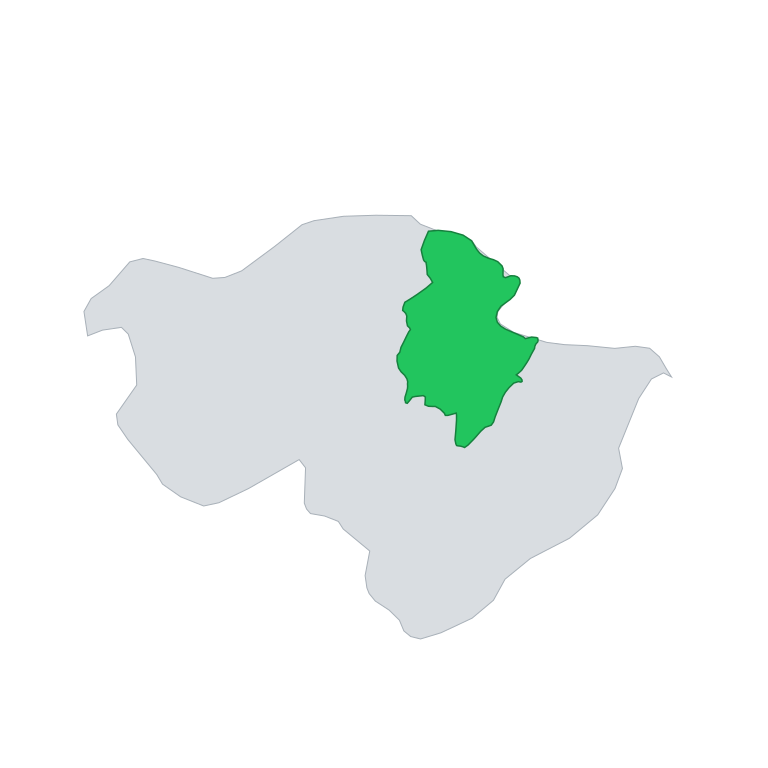 Rwanda, with Northern highlighted, rotated 56°
{"feature_id": "RWA-3494", "entity_name": "Northern", "entity_type": "Province", "adm_level": 1, "iso_a3": "RWA", "parent_name": "Rwanda", "parent_adm1": "", "projection": "natural_earth1", "projection_center": [29.92, -1.616], "detail": "fine", "context": "in_parent", "style": "filled", "palette": "green", "viewbox_px": 768, "rotation_deg": 56, "n_neighbors": 0, "source": "natural_earth", "source_scale": "10m", "svg_char_len": 2968}
<svg xmlns="http://www.w3.org/2000/svg" viewBox="0 0 768 768"><g transform="rotate(56 384 384)"><path d="M314.0,231.1L321.9,230.9L373.9,216.5L379.1,221.0L387.5,249.0L391.9,253.0L399.2,254.0L413.8,247.6L440.5,225.8L452.2,212.5L466.0,193.9L483.5,172.8L493.3,154.5L502.9,143.8L515.5,140.5L529.3,141.4L539.0,141.7L531.1,146.1L529.4,159.5L538.5,181.0L568.4,225.4L587.4,233.6L599.8,250.9L612.0,280.0L615.6,316.4L610.5,360.2L613.5,392.8L624.5,414.2L627.4,441.9L622.1,475.9L615.8,496.3L608.3,503.1L599.8,505.6L588.4,503.3L574.3,506.2L559.1,512.6L549.5,513.5L543.5,512.2L532.3,506.8L514.5,489.2L481.4,498.9L472.4,498.7L460.2,507.1L450.3,517.4L444.3,518.1L438.2,516.7L409.6,495.9L399.2,496.6L394.9,554.9L390.1,587.3L384.3,601.7L363.8,615.7L343.2,623.6L332.0,623.0L286.8,627.4L269.1,627.5L259.3,622.7L246.6,589.6L222.6,574.9L199.6,568.1L190.2,570.0L181.9,587.3L178.4,602.8L156.1,592.2L149.4,579.0L148.8,556.9L140.6,526.5L145.2,513.6L153.9,505.2L172.4,489.1L200.6,466.9L206.7,456.3L210.6,438.7L208.8,397.6L206.1,362.9L209.5,350.6L222.3,323.8L239.6,296.3L259.7,267.3L271.8,264.5L287.8,253.5L304.6,237.2L314.0,231.1Z" fill="#d9dde1" stroke="#a8b0b8" stroke-width="1"/><path d="M396.1,255.5L401.2,254.9L406.5,252.6L422.9,242.1L425.4,241.5L427.6,235.4L430.7,231.7L431.9,230.9L433.0,231.5L433.7,231.7L435.0,232.9L435.8,235.8L437.1,237.9L438.7,239.3L441.7,245.2L444.4,249.9L446.5,254.5L448.6,259.7L449.6,262.3L450.2,266.6L450.4,269.2L452.6,268.4L455.5,267.3L457.8,267.3L459.1,268.1L459.0,269.4L457.1,271.4L455.8,276.0L456.9,282.3L458.7,288.0L461.1,292.9L464.2,296.8L468.6,303.3L473.3,310.1L476.7,314.4L478.1,318.1L477.3,321.3L476.4,324.4L477.3,330.3L479.8,339.8L481.6,348.4L481.7,352.7L480.3,353.6L478.3,355.3L476.6,357.3L475.6,358.2L473.8,357.9L469.9,356.3L462.4,350.2L454.4,344.0L450.4,341.3L448.5,340.4L447.3,344.0L445.7,348.7L444.3,350.7L442.0,350.3L436.1,351.5L431.3,354.0L429.9,356.1L427.3,359.6L424.1,361.7L421.2,359.4L417.9,357.0L415.6,357.9L413.8,361.3L411.8,365.1L410.7,367.9L412.1,372.2L413.0,375.5L412.1,376.3L411.5,376.6L410.8,376.1L408.9,375.7L406.6,373.9L404.3,371.0L402.3,368.7L400.8,367.0L399.0,365.6L397.1,364.5L395.4,363.1L392.5,362.1L388.3,362.0L383.5,363.0L378.9,363.0L372.3,360.4L367.7,357.1L366.5,353.1L363.1,349.4L360.3,344.3L357.1,338.8L354.6,334.3L353.7,331.7L351.9,331.4L348.9,332.0L344.3,330.1L340.4,327.1L337.7,326.5L334.9,326.9L333.5,327.4L330.9,325.2L327.9,321.0L328.2,314.9L328.3,306.8L328.0,295.4L327.0,286.9L322.2,286.5L317.4,286.9L312.9,284.3L309.0,282.2L307.7,281.7L306.7,281.0L305.1,281.8L303.2,281.8L298.6,280.2L293.4,278.1L287.6,270.2L283.3,263.4L282.2,261.7L286.9,253.2L295.2,243.2L304.8,235.2L314.3,231.3L324.0,231.9L329.0,231.5L333.5,230.0L338.5,226.8L342.2,223.7L346.2,221.3L352.1,220.1L355.0,220.8L360.1,224.4L361.8,225.1L363.8,223.8L365.2,218.3L367.4,215.3L369.6,213.6L371.7,212.9L373.8,213.3L376.5,214.8L383.3,226.2L384.4,232.1L384.9,243.6L387.3,249.5L391.4,253.9L396.1,255.5Z" fill="#22c55e" stroke="#15803d" stroke-width="1.5"/></g></svg>